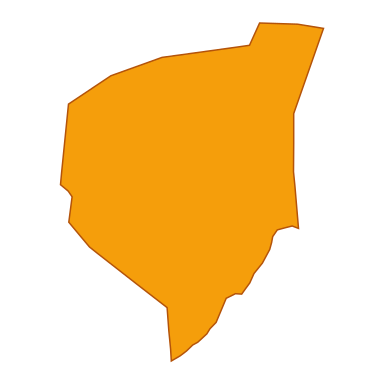 the district of Francisco Macedo, Piauí, Brazil
{"feature_id": "56859067B83618193762554", "entity_name": "Francisco Macedo", "entity_type": "district", "adm_level": 2, "iso_a3": "BRA", "parent_name": "Brazil", "parent_adm1": "Piauí", "projection": "orthographic", "projection_center": [-40.779, -7.331], "detail": "fine", "context": "isolated", "style": "filled", "palette": "amber", "viewbox_px": 384, "rotation_deg": 0, "n_neighbors": 0, "source": "geoboundaries", "source_scale": "gbopen_adm2", "svg_char_len": 701}
<svg xmlns="http://www.w3.org/2000/svg" viewBox="0 0 384 384"><path d="M68.5,104.1L61.6,172.6L60.5,184.7L68.2,191.1L72.1,196.8L68.8,222.2L79.2,234.7L89.5,247.0L97.5,253.4L136.0,283.5L167.1,307.6L168.8,330.5L170.6,349.1L171.3,361.0L180.2,355.8L186.5,351.0L192.7,345.0L197.8,342.2L206.8,333.9L210.0,328.7L216.1,322.4L226.2,298.3L235.4,293.7L241.7,294.1L245.1,289.3L249.8,282.9L254.0,273.5L262.4,263.1L269.7,249.5L271.6,242.6L272.7,236.6L277.3,229.9L285.0,227.8L292.2,226.0L298.5,228.4L294.9,185.9L293.5,171.8L293.7,143.8L293.7,123.4L293.7,113.6L323.5,28.4L297.6,24.2L259.6,23.0L249.5,45.3L236.9,47.1L162.0,57.4L111.0,75.7L94.2,86.9L68.5,104.1Z" fill="#f59e0b" stroke="#b45309" stroke-width="1.5"/></svg>